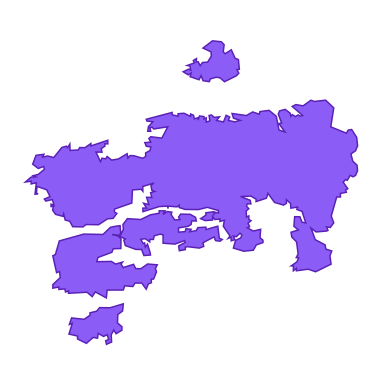 the district of Tjøme nor, Norway, rotated 89°
{"feature_id": "86288312B10899957207180", "entity_name": "Tjøme nor", "entity_type": "district", "adm_level": 2, "iso_a3": "NOR", "parent_name": "Norway", "parent_adm1": "", "projection": "equal_earth", "projection_center": [10.411, 59.111], "detail": "fine", "context": "isolated", "style": "filled", "palette": "violet", "viewbox_px": 384, "rotation_deg": 89, "n_neighbors": 0, "source": "geoboundaries", "source_scale": "gbopen_adm2", "svg_char_len": 6053}
<svg xmlns="http://www.w3.org/2000/svg" viewBox="0 0 384 384"><g transform="rotate(89 192 192)"><path d="M140.2,26.4L132.3,31.3L132.8,34.7L135.9,36.6L129.3,52.1L110.4,48.8L102.5,56.8L103.6,68.1L102.3,71.5L107.8,79.4L106.4,86.6L108.2,90.3L117.4,80.1L118.1,82.2L116.8,84.5L118.4,87.3L116.4,90.4L118.0,91.9L114.9,92.5L111.0,97.4L112.4,103.0L115.5,104.4L124.7,101.2L125.1,104.0L133.6,98.0L131.6,103.9L117.8,106.4L111.7,113.5L112.8,122.7L115.4,123.4L113.0,129.9L116.5,136.3L114.2,150.6L119.0,149.2L121.2,142.5L122.6,148.1L121.1,154.4L117.7,153.0L115.9,156.5L122.5,159.3L120.9,166.2L117.3,163.2L117.8,168.4L115.3,171.3L115.8,173.6L121.2,172.9L122.3,176.6L118.1,176.5L119.2,178.8L116.8,178.7L116.1,183.2L120.2,184.7L117.8,184.7L118.9,188.4L115.3,189.1L114.0,192.0L116.4,192.1L113.1,198.7L113.5,204.6L115.9,204.6L114.5,210.5L112.1,210.5L118.5,236.5L120.3,235.8L121.1,229.9L125.8,234.4L130.5,235.2L130.6,232.2L127.0,232.9L126.5,230.7L128.3,229.2L126.4,215.1L137.6,221.2L136.0,232.3L137.8,234.2L141.4,232.4L141.8,238.3L145.5,236.9L146.2,232.4L149.8,233.2L152.1,237.7L155.7,237.7L157.4,240.7L154.7,249.6L154.5,253.3L156.9,255.5L152.6,256.2L157.7,265.1L158.7,271.8L155.0,276.2L157.3,277.7L156.6,281.4L160.1,283.0L150.4,287.3L150.6,281.3L147.0,282.0L144.7,278.3L142.3,278.3L142.4,275.3L138.8,275.3L144.2,292.4L141.8,292.3L145.8,298.3L145.6,303.5L148.0,305.0L148.3,313.2L141.9,313.3L145.5,315.6L144.0,316.8L145.2,321.4L155.1,329.6L153.5,335.6L154.4,340.8L151.7,339.4L152.6,347.3L161.4,350.8L165.8,345.3L163.9,339.8L166.7,339.2L171.7,345.4L172.9,350.4L174.1,348.1L174.3,352.6L179.1,358.4L178.4,352.6L181.1,352.7L180.1,347.5L191.5,349.0L191.2,345.9L190.6,347.5L183.7,346.9L187.2,337.3L194.1,334.0L196.5,339.8L198.5,338.3L197.1,331.7L203.0,330.2L201.7,333.1L204.1,333.2L204.1,330.9L207.7,331.7L212.0,328.8L214.1,321.4L211.7,320.7L217.8,319.3L219.1,314.8L224.6,311.9L225.0,301.6L222.7,298.6L223.1,286.0L217.4,277.0L217.0,271.3L212.1,267.5L210.6,270.0L207.7,269.7L202.0,252.4L188.9,251.5L188.4,242.8L190.4,241.1L185.6,241.1L182.4,229.9L184.7,232.9L189.5,232.2L190.8,229.3L191.9,233.4L196.7,232.3L196.5,237.5L203.8,235.4L202.4,240.6L207.3,237.7L207.2,241.4L210.8,241.4L206.0,225.0L205.7,216.9L208.1,216.2L205.7,216.2L206.6,207.3L204.9,205.0L207.3,205.1L209.3,199.2L209.7,185.9L207.6,177.0L211.0,165.9L213.4,165.9L212.7,168.9L214.5,170.4L212.1,170.4L213.0,178.5L215.4,178.5L218.8,183.8L220.8,179.4L220.4,171.9L216.8,171.9L219.9,169.7L219.5,164.5L221.9,164.6L220.8,160.1L226.8,161.3L236.7,154.8L239.0,156.6L237.9,153.7L241.5,153.7L240.4,150.0L236.8,151.4L237.5,148.5L234.0,144.7L235.9,142.9L238.8,144.1L241.1,149.3L248.8,151.6L252.1,141.3L251.3,131.7L246.0,128.6L243.8,121.9L241.4,121.9L238.9,124.8L230.5,124.0L232.1,131.4L228.8,137.3L227.7,135.0L224.1,136.5L221.8,133.5L220.5,135.7L216.9,135.6L218.0,137.9L212.0,138.2L209.7,135.5L207.2,137.7L204.8,137.0L204.9,133.3L201.3,134.0L197.4,143.5L197.1,133.2L200.3,128.0L202.7,128.1L199.5,117.7L194.7,116.1L203.9,109.6L206.7,100.7L205.0,97.8L201.4,97.7L205.1,93.7L209.9,93.4L208.9,86.7L211.3,87.5L213.3,82.3L224.9,78.8L224.1,82.5L218.6,84.6L218.5,89.8L228.1,90.7L231.8,86.3L234.0,93.7L238.8,93.0L243.8,88.3L255.8,87.0L259.4,88.9L259.5,86.6L263.6,88.2L267.6,94.1L267.7,91.9L272.5,92.0L270.2,89.0L272.6,89.0L271.2,77.2L273.9,69.8L266.6,54.2L258.2,55.2L253.4,53.3L251.4,59.2L247.2,59.8L241.8,69.6L230.2,73.6L234.1,68.6L233.4,58.2L232.8,56.7L229.2,58.1L229.9,54.4L225.3,50.8L218.5,53.2L199.5,47.4L199.6,43.7L196.0,43.6L195.0,37.7L192.6,38.4L191.4,36.2L184.8,40.7L182.3,38.3L183.0,36.5L178.1,33.5L179.6,30.8L178.3,28.2L173.7,26.1L168.1,26.5L164.0,30.7L156.7,32.4L153.7,27.8L148.7,25.6L140.2,26.4ZM267.7,229.9L264.2,228.0L263.2,237.7L267.8,244.4L267.6,249.6L263.3,251.7L266.3,262.1L262.8,264.2L260.9,262.7L262.7,269.7L260.0,273.8L260.0,288.5L255.8,287.1L250.9,273.2L247.4,271.7L247.3,264.1L237.8,263.8L234.8,266.4L233.1,272.6L234.1,265.2L231.7,264.0L224.4,264.5L224.9,269.0L225.9,274.2L232.9,281.7L232.2,300.9L238.6,325.5L252.2,329.7L253.3,332.3L270.3,328.8L269.2,325.9L275.2,325.2L282.1,332.7L285.7,332.8L284.7,326.8L287.1,326.8L286.7,320.9L289.8,320.2L288.7,317.2L291.1,317.3L290.4,298.7L294.9,293.6L290.2,290.4L296.4,279.5L288.6,278.6L288.8,262.4L284.6,260.9L285.5,252.8L282.0,250.5L282.2,243.8L288.4,239.5L283.1,237.2L282.0,234.2L278.4,234.2L278.4,231.9L271.3,228.9L267.7,229.9ZM241.7,164.8L240.0,162.6L238.7,165.5L226.6,166.8L229.8,178.7L227.4,178.7L227.7,186.8L230.7,188.4L231.7,195.0L229.3,193.5L228.5,198.7L231.5,199.5L231.9,206.1L227.7,206.1L226.2,196.4L224.5,193.5L220.9,192.7L221.1,188.2L217.4,188.9L214.3,194.1L213.9,203.7L216.9,205.9L219.3,204.5L219.7,209.7L214.2,213.3L211.8,212.5L211.1,217.0L213.9,221.5L210.4,219.2L210.2,225.1L212.6,225.1L214.1,234.0L218.6,243.7L217.5,257.0L223.3,261.6L228.2,261.3L235.2,265.0L237.8,259.5L239.0,261.0L244.4,259.6L248.4,249.3L248.6,243.4L254.7,241.2L254.3,234.6L251.9,234.9L243.4,237.4L246.3,239.6L242.1,240.3L242.7,241.8L238.4,244.0L237.9,239.5L241.1,235.1L238.7,235.1L238.8,231.4L235.2,230.6L233.6,224.7L234.3,221.7L242.7,221.8L243.8,210.0L240.5,200.3L242.3,199.6L245.7,206.3L250.5,205.7L249.5,199.7L247.1,199.7L246.6,197.5L248.2,185.6L246.6,181.2L242.9,181.9L237.3,170.7L241.0,169.3L241.7,164.8ZM313.2,268.3L309.8,263.5L302.6,262.6L306.3,276.0L306.0,286.4L309.5,289.4L311.0,296.1L313.4,296.1L317.4,302.1L315.8,314.6L322.3,316.9L321.2,314.0L331.9,317.5L334.0,309.0L337.0,309.0L341.5,300.2L335.7,293.4L336.5,289.0L331.7,288.2L334.9,283.0L333.2,279.3L338.1,277.9L339.2,280.9L342.8,280.2L340.6,275.0L333.4,275.3L328.7,272.6L332.4,270.4L329.0,264.5L325.4,264.4L321.6,268.8L313.2,268.3ZM70.1,142.5L60.4,143.3L59.1,146.5L50.5,150.2L54.3,156.5L52.4,158.3L45.3,157.3L42.3,160.0L41.2,168.9L48.3,178.5L52.2,170.5L56.4,170.3L62.4,174.1L62.7,179.2L65.8,181.6L61.9,183.6L62.0,185.5L58.7,185.2L60.5,188.4L63.0,187.4L65.4,194.5L66.0,191.9L70.1,191.1L69.1,193.1L71.6,198.7L74.8,193.8L73.1,190.8L76.6,191.9L79.9,183.0L75.9,180.9L80.9,179.0L82.0,172.8L79.2,171.6L77.7,165.8L78.3,162.0L82.3,157.6L76.6,145.6L74.0,143.1L70.4,144.9L70.1,142.5Z" fill="#8b5cf6" stroke="#5b21b6" stroke-width="1.5"/></g></svg>